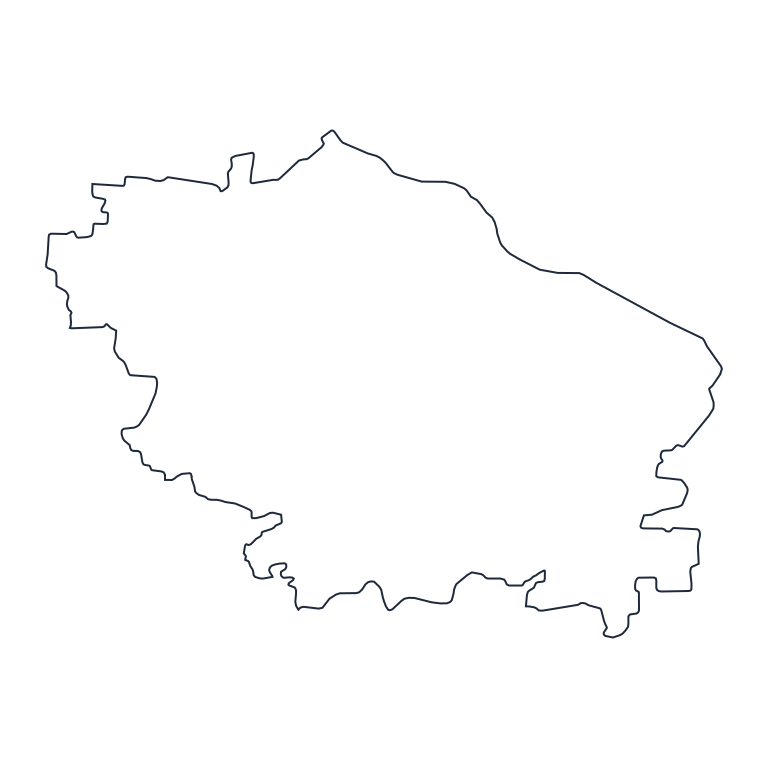 Stavropol', orthographic projection
{"feature_id": "RUS-2306", "entity_name": "Stavropol'", "entity_type": "Territory", "adm_level": 1, "iso_a3": "RUS", "parent_name": "Russia", "parent_adm1": "", "projection": "orthographic", "projection_center": [43.1, 44.947], "detail": "fine", "context": "isolated", "style": "outline", "palette": "slate", "viewbox_px": 768, "rotation_deg": 0, "n_neighbors": 0, "source": "natural_earth", "source_scale": "10m", "svg_char_len": 6079}
<svg xmlns="http://www.w3.org/2000/svg" viewBox="0 0 768 768"><path d="M155.2,180.7L160.3,181.0L163.6,180.1L167.8,177.2L212.0,184.0L216.7,185.7L219.4,188.1L220.6,191.1L222.1,191.2L227.5,187.3L228.5,185.1L228.6,182.8L227.9,174.0L228.0,172.8L228.4,171.7L231.1,168.5L231.8,166.3L231.7,163.3L231.1,159.9L231.6,157.8L235.2,156.0L251.9,152.8L252.9,153.0L253.6,153.9L253.8,156.5L252.7,165.2L251.7,169.8L250.5,181.3L250.8,182.3L251.6,183.1L253.6,183.1L272.8,179.9L277.8,179.8L280.1,178.2L299.0,160.5L303.3,159.4L306.4,159.2L308.3,158.4L321.4,147.3L323.2,145.1L323.8,143.6L321.9,140.0L321.6,138.2L322.1,137.4L331.1,130.7L332.5,130.5L333.5,131.0L334.8,132.3L340.6,140.5L342.8,142.7L367.7,153.4L376.3,155.9L379.8,157.7L383.1,160.3L385.7,162.9L392.7,172.0L394.1,173.2L397.6,174.8L421.7,181.6L445.5,181.8L454.7,183.9L464.1,188.3L466.5,190.3L471.0,196.8L476.8,200.0L479.8,203.4L486.5,212.6L492.1,217.4L494.5,221.7L496.6,228.7L497.3,233.7L500.2,242.5L501.9,245.5L507.4,251.5L510.1,253.8L519.8,259.5L539.8,269.7L557.6,272.9L579.3,273.1L583.6,274.9L596.1,282.7L669.8,322.7L702.7,338.5L704.2,340.6L707.0,346.4L721.1,366.4L721.9,369.1L720.3,373.6L720.5,373.9L712.5,385.6L709.3,388.5L709.2,389.4L713.5,402.1L713.7,405.3L713.3,408.8L709.0,415.6L684.1,446.2L682.3,446.6L678.5,445.2L677.4,445.2L676.2,445.8L672.2,449.9L671.1,450.3L663.8,450.7L662.0,451.5L660.8,454.1L660.7,457.1L661.1,458.5L662.3,460.1L662.5,460.8L662.4,461.7L658.7,464.1L657.9,465.4L657.2,467.5L656.4,472.0L656.3,476.2L657.9,477.3L680.6,479.8L681.6,480.2L684.2,483.0L687.2,487.8L687.7,489.8L687.1,493.1L682.2,504.7L680.6,505.8L677.9,506.9L662.1,510.1L651.9,514.7L643.9,515.4L640.5,525.9L640.7,527.0L641.4,527.9L643.3,528.4L662.2,528.6L664.7,529.6L665.8,531.0L668.2,531.6L670.3,531.1L672.9,528.3L673.9,528.0L697.3,529.3L698.8,530.3L699.6,531.7L699.9,533.5L699.8,536.4L698.5,541.1L697.9,546.4L698.7,563.8L691.7,567.0L690.9,568.1L690.5,569.6L690.3,572.3L691.5,583.9L691.4,589.0L691.0,590.0L690.1,590.7L688.5,591.0L660.9,591.5L658.6,591.0L657.0,589.9L656.3,588.0L656.3,580.4L655.8,578.3L653.8,577.5L638.7,577.7L637.7,578.2L636.7,579.2L635.6,581.5L635.0,586.0L635.2,589.0L635.9,590.4L638.6,591.8L638.9,592.7L639.0,610.2L638.6,611.5L637.9,612.6L636.3,613.6L630.1,614.4L628.4,616.3L628.4,623.9L628.0,626.9L625.3,630.7L622.7,633.5L620.1,635.1L613.0,637.5L605.3,635.9L603.9,634.6L603.7,633.3L604.0,632.2L606.8,628.0L606.7,627.0L605.1,623.8L604.0,620.8L601.4,610.7L600.5,608.8L599.7,608.3L588.7,605.3L585.2,603.4L582.7,603.0L580.6,603.2L578.1,604.8L542.3,610.7L538.7,610.4L536.6,608.5L534.5,607.4L529.7,606.5L525.9,606.3L526.9,595.5L527.7,592.2L529.0,590.8L533.9,587.7L536.0,583.0L537.8,582.2L542.5,581.7L544.3,580.9L544.8,578.7L544.9,571.3L544.6,570.6L543.9,570.6L539.7,572.7L535.9,575.4L533.0,576.8L530.4,579.3L528.8,580.2L525.5,581.3L524.2,582.4L522.9,584.8L521.9,585.5L509.0,585.5L506.7,584.4L505.5,581.5L504.2,579.6L500.2,578.5L487.6,578.5L485.8,577.8L482.9,575.0L481.1,574.1L471.8,572.4L467.5,574.9L456.5,584.0L455.7,585.3L454.2,589.2L453.4,594.2L451.8,600.1L450.4,601.8L448.3,602.8L446.9,603.3L440.3,603.4L431.6,602.3L414.6,598.0L408.6,597.8L404.3,598.8L401.3,601.0L392.4,609.3L389.9,610.2L388.3,609.9L386.0,606.5L384.1,601.6L382.8,597.2L381.2,589.6L379.3,586.7L374.1,581.7L371.1,581.4L368.2,582.1L365.5,584.3L362.0,589.7L359.2,592.2L357.9,592.7L356.1,593.1L339.9,593.3L336.1,594.5L329.5,598.7L322.4,607.8L318.7,608.6L303.5,606.8L300.4,607.6L298.4,609.7L296.1,605.8L295.3,601.9L296.0,594.2L296.1,591.0L295.7,589.3L295.2,588.1L294.5,587.4L289.3,585.5L288.4,584.7L288.8,583.2L292.8,580.3L293.4,579.6L293.8,578.6L292.3,577.6L289.9,577.3L284.1,577.8L282.9,577.5L281.6,576.3L281.1,575.2L280.8,573.9L281.1,571.7L285.2,569.2L285.8,568.2L286.3,566.9L286.2,564.6L285.5,563.7L284.5,563.3L279.6,563.6L275.3,564.4L272.2,565.5L270.8,566.5L269.7,568.0L269.2,569.9L269.3,570.7L269.7,572.0L272.4,576.2L272.5,576.9L262.6,578.6L260.0,578.4L255.3,577.0L253.7,575.3L253.1,571.1L252.3,569.1L250.3,566.0L248.9,561.9L248.2,561.1L245.2,559.9L245.9,556.2L243.8,553.3L245.0,546.0L245.6,544.7L246.5,544.2L248.3,545.0L249.6,544.8L251.2,543.9L256.1,538.9L259.9,536.7L261.2,535.5L261.6,534.4L261.8,532.5L262.4,531.9L271.5,529.0L273.7,527.8L275.7,525.5L280.8,523.4L281.6,522.5L281.8,521.5L281.1,514.7L272.9,512.7L269.9,513.0L264.0,516.1L256.2,518.1L252.2,518.1L251.6,516.9L251.6,512.3L251.3,511.2L249.9,509.9L243.0,506.7L235.1,503.5L225.2,502.0L221.4,500.7L216.8,499.8L211.4,499.8L208.1,499.2L205.3,496.8L198.9,494.9L196.2,493.0L195.1,491.4L194.3,486.3L191.9,479.5L191.6,477.5L191.8,476.4L191.4,476.0L191.1,474.1L190.3,473.5L189.7,473.2L181.8,473.9L176.7,476.7L174.5,478.6L171.9,480.0L165.0,479.9L165.0,474.7L163.6,472.3L161.3,471.4L152.1,470.2L151.2,469.6L149.9,466.2L149.4,465.7L144.3,464.8L143.3,464.1L142.4,462.3L141.0,454.0L140.2,452.2L138.0,451.0L133.3,450.9L131.3,450.1L130.3,448.2L129.7,445.1L124.4,440.7L122.8,438.3L121.6,434.2L121.7,431.2L122.2,430.0L123.7,428.8L134.3,427.6L136.9,426.5L139.2,424.8L146.2,414.7L148.8,409.5L155.5,393.5L156.9,386.5L157.1,382.6L156.6,379.3L155.6,377.8L154.5,376.9L130.5,375.2L129.8,374.8L128.7,373.3L125.6,364.8L124.0,362.0L122.7,360.7L118.7,357.8L114.8,351.5L114.1,348.3L115.7,338.2L116.2,330.6L110.9,328.0L107.0,324.3L106.1,324.2L104.1,326.5L102.5,327.1L71.7,328.3L69.9,327.9L70.8,325.3L71.0,322.1L70.4,315.1L71.5,312.8L71.0,311.6L68.7,309.7L67.1,305.9L66.9,304.1L67.4,300.6L68.3,298.0L68.3,295.4L66.3,292.0L64.3,290.4L56.5,286.1L56.4,275.4L55.9,272.7L55.1,271.5L54.2,270.7L48.2,268.3L46.3,266.8L46.1,264.5L47.6,254.7L48.7,236.6L49.1,234.7L51.0,233.7L66.6,234.0L71.6,231.7L72.8,231.6L73.9,231.9L74.5,232.6L76.3,236.4L77.2,237.4L78.4,237.7L87.0,237.1L91.0,236.0L92.0,234.9L92.5,233.6L93.2,228.7L93.4,225.1L93.7,224.1L94.5,223.7L103.1,224.0L106.8,223.6L107.7,221.5L108.0,213.9L107.6,212.9L106.7,212.5L103.0,212.1L101.7,211.4L101.4,210.4L101.8,208.3L104.4,203.8L105.0,202.5L105.4,200.4L104.9,199.5L102.9,198.8L95.3,197.5L93.3,196.5L92.6,194.5L92.2,192.0L92.4,184.0L122.8,185.9L123.9,185.5L124.6,184.3L125.0,179.3L125.7,177.2L127.8,176.7L146.6,178.1L151.1,179.2L155.2,180.7Z" fill="none" stroke="#1e293b" stroke-width="2"/></svg>